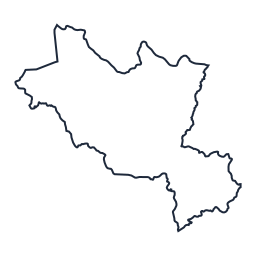 outline of Song Hinh, Phú Yên, Vietnam
{"feature_id": "81297802B28811761284346", "entity_name": "Song Hinh", "entity_type": "district", "adm_level": 2, "iso_a3": "VNM", "parent_name": "Vietnam", "parent_adm1": "Phú Yên", "projection": "albers", "projection_center": [108.948, 12.905], "detail": "fine", "context": "isolated", "style": "outline", "palette": "slate", "viewbox_px": 256, "rotation_deg": 0, "n_neighbors": 0, "source": "geoboundaries", "source_scale": "gbopen_adm2", "svg_char_len": 5810}
<svg xmlns="http://www.w3.org/2000/svg" viewBox="0 0 256 256"><path d="M34.3,108.3L34.6,106.5L35.0,106.3L35.9,107.2L38.1,105.3L38.7,103.4L38.8,102.6L39.1,102.3L39.8,102.9L41.2,103.6L43.0,103.3L43.9,103.6L45.5,103.3L46.0,103.3L47.1,105.4L47.9,105.8L50.0,105.3L50.9,105.9L51.5,105.4L53.3,106.7L54.8,106.9L55.4,107.4L55.9,108.8L56.2,110.5L57.4,112.4L59.3,114.4L59.8,116.6L60.6,118.4L62.5,120.4L64.8,122.0L65.0,124.1L65.9,127.2L66.4,130.9L69.0,131.6L71.1,134.1L71.5,137.5L73.1,142.5L75.0,145.8L76.2,147.0L77.0,147.4L77.5,147.2L77.9,146.7L78.3,145.6L78.8,145.4L80.4,145.4L81.7,144.1L82.2,144.0L82.9,144.2L85.1,143.6L87.0,143.5L87.7,143.8L88.2,146.0L89.8,147.5L90.9,147.9L92.3,147.3L93.9,147.4L95.5,149.1L96.5,150.5L98.1,150.9L100.1,152.6L100.8,152.9L102.4,153.0L104.2,154.0L105.2,154.7L105.4,155.2L104.0,157.7L103.9,159.4L104.6,162.5L106.0,166.0L106.8,167.4L107.7,168.2L109.6,168.7L110.8,168.8L111.2,169.1L111.9,169.9L113.4,173.4L114.6,174.2L128.2,174.8L131.4,175.5L135.0,177.6L136.3,177.7L139.5,177.0L148.0,177.1L149.6,177.8L150.5,179.2L151.1,179.1L152.7,179.7L153.1,179.6L153.3,179.2L153.9,177.5L154.4,177.0L156.5,177.2L158.0,176.9L158.9,176.6L160.2,175.6L161.7,174.1L162.8,173.5L164.1,173.4L165.1,173.5L166.2,174.2L166.7,177.9L167.5,178.6L167.7,179.3L167.2,180.7L167.1,181.5L168.5,182.1L169.2,183.1L169.0,184.0L167.3,186.3L166.8,187.6L167.1,188.6L168.3,190.0L169.1,190.5L169.4,190.5L170.7,189.3L171.3,189.5L171.1,191.0L171.3,191.1L173.9,191.3L174.6,192.2L174.7,193.6L174.6,195.2L174.2,196.0L173.8,197.6L174.1,198.6L176.0,201.8L176.5,204.1L176.4,205.6L174.9,208.9L173.0,211.4L172.9,212.1L174.3,218.1L174.5,220.4L174.9,221.2L177.4,222.9L177.7,223.5L177.8,225.2L178.5,227.1L177.9,229.8L178.3,231.0L183.6,227.6L184.1,227.2L184.8,226.1L185.9,225.2L187.4,224.8L188.7,225.0L189.2,223.5L191.3,223.1L191.6,222.4L188.4,220.6L188.1,220.0L188.4,219.6L191.0,218.9L192.8,217.6L194.0,216.4L194.6,216.0L195.3,216.1L196.3,216.6L197.7,216.7L198.2,216.6L199.1,215.8L200.1,215.8L201.2,215.6L201.5,215.3L201.7,214.8L201.6,213.9L201.0,212.0L201.1,211.6L201.9,211.0L202.5,211.0L203.3,211.6L203.9,211.5L205.3,210.4L206.8,210.2L209.3,210.8L210.6,210.5L211.5,211.3L212.2,211.4L213.0,210.7L213.6,209.2L214.4,208.4L215.2,207.3L216.0,207.0L216.7,207.3L218.6,209.0L219.7,210.6L222.3,212.1L222.9,212.3L224.1,212.4L225.6,211.9L227.1,210.4L227.5,208.9L228.5,208.0L228.5,207.4L227.5,204.6L227.5,203.7L227.8,203.0L228.6,202.2L229.8,201.4L233.0,199.9L233.5,199.4L234.3,197.6L236.0,196.8L236.5,196.1L236.6,195.5L236.8,193.0L237.8,191.4L238.2,189.9L239.3,188.2L240.6,187.2L240.6,184.1L239.4,184.2L238.8,184.7L237.9,184.4L236.9,183.6L235.1,180.9L233.0,180.5L232.5,180.0L231.7,177.6L231.7,175.9L230.9,173.7L229.7,172.5L228.6,171.1L228.5,166.8L228.9,164.3L231.5,160.3L231.8,159.8L231.9,159.3L231.8,158.9L231.4,158.6L229.9,158.4L229.5,158.0L228.3,154.1L226.5,154.2L226.0,154.6L224.4,156.3L223.9,156.6L223.4,156.8L221.7,156.6L219.5,155.7L218.7,155.0L218.3,154.5L218.0,153.6L218.1,152.0L217.6,151.7L216.6,151.7L213.8,152.2L211.2,153.4L210.2,154.0L208.6,156.0L208.1,156.2L205.6,156.4L205.2,156.1L204.5,154.2L202.9,152.5L202.2,152.0L201.3,152.0L199.4,152.8L199.1,152.7L199.0,151.0L198.6,150.5L197.1,149.7L194.8,148.8L193.7,149.0L192.5,148.1L188.8,146.4L187.9,146.4L185.1,147.2L184.3,147.2L183.4,146.5L181.6,146.4L181.4,146.2L182.0,144.6L182.6,141.0L182.6,139.6L182.2,138.6L182.3,136.9L182.8,136.6L182.9,135.8L184.2,135.3L185.8,133.9L186.0,133.2L185.6,132.4L185.7,131.9L186.7,130.9L187.3,130.0L188.8,130.1L189.9,129.8L190.3,128.4L191.3,126.4L192.4,125.5L192.7,124.9L193.4,124.3L193.0,121.4L192.6,120.4L191.7,119.6L192.0,118.5L191.3,117.7L192.0,116.8L192.6,115.5L192.8,114.2L193.2,113.6L193.4,112.1L194.6,109.8L194.6,109.2L194.4,108.4L194.5,108.0L195.3,107.6L195.7,107.0L195.8,105.9L196.6,105.5L197.2,104.8L197.3,102.2L196.7,101.7L196.4,101.0L196.0,100.7L195.7,100.2L195.7,99.0L195.2,96.5L195.4,94.7L195.9,93.7L196.7,93.1L196.9,92.1L197.2,91.6L199.2,90.6L200.6,88.7L201.0,86.9L200.3,86.5L200.1,86.1L201.0,85.9L201.3,85.6L201.3,85.3L200.6,83.3L200.6,82.1L202.2,80.7L202.3,79.4L204.3,79.0L204.4,78.7L204.0,77.4L204.1,76.6L205.1,75.7L205.2,75.3L205.2,74.5L204.8,73.4L203.6,72.5L203.6,72.0L204.4,71.0L204.7,70.0L204.9,69.6L205.9,68.9L206.4,68.1L207.4,67.3L207.7,66.4L208.4,65.4L206.3,65.1L204.5,64.3L196.0,63.6L194.3,63.2L191.7,62.1L189.8,60.8L189.4,60.2L189.4,59.1L186.3,55.9L185.1,55.7L183.7,55.8L181.3,57.3L178.8,60.6L178.1,62.1L177.2,64.7L176.8,65.4L175.8,65.9L174.4,65.9L172.8,65.8L170.4,65.2L169.1,64.3L164.9,59.3L162.8,57.7L159.2,56.7L155.9,55.1L153.9,53.0L151.5,49.6L147.9,46.5L147.0,45.3L146.1,42.6L145.4,42.1L144.5,41.7L143.2,41.6L142.1,42.2L141.0,44.0L140.8,44.7L140.7,46.7L139.6,48.0L139.0,50.2L137.9,52.1L137.5,53.4L137.7,53.9L139.4,57.3L139.9,60.2L141.1,62.7L141.0,63.7L140.7,64.3L140.1,64.6L137.6,64.7L136.7,65.0L136.2,65.4L135.5,67.1L134.8,68.1L134.2,68.3L132.3,68.4L130.7,69.0L129.9,69.6L129.3,70.4L128.5,72.0L127.0,72.2L124.7,73.4L122.2,73.1L119.2,72.0L118.3,72.0L117.5,71.8L116.8,71.3L114.0,67.6L111.4,65.3L108.1,61.7L106.2,60.4L103.9,59.8L101.6,58.8L100.4,57.9L99.8,57.2L99.6,56.4L95.2,52.9L93.3,50.4L90.7,48.5L88.9,47.0L87.8,44.4L86.2,39.8L85.8,39.3L84.3,39.0L83.7,38.0L83.7,35.9L85.1,32.4L84.9,31.2L84.7,30.7L84.4,30.4L80.8,29.7L77.4,30.1L75.6,29.8L74.2,29.3L72.0,27.5L70.5,27.1L67.6,25.9L66.8,26.0L66.2,26.3L65.6,28.3L64.9,29.1L63.8,29.3L62.7,29.2L61.7,28.8L60.6,28.0L57.8,25.8L57.0,25.0L54.5,29.7L54.5,32.9L57.5,61.5L54.7,62.3L36.4,69.4L25.7,69.9L25.3,70.3L24.8,71.7L22.9,75.1L21.8,76.7L20.2,78.0L20.1,78.5L20.1,79.0L19.5,80.1L18.7,80.5L16.2,81.3L15.4,82.1L15.8,84.0L16.2,84.7L17.5,86.1L18.2,87.7L18.8,88.2L20.0,88.4L23.6,88.6L24.3,88.9L25.1,89.7L25.2,92.8L25.5,93.4L29.7,95.5L31.8,97.0L32.0,99.1L31.5,100.8L31.4,102.8L31.1,103.6L29.4,105.4L30.8,108.0L31.4,108.6L32.6,108.7L34.3,108.3Z" fill="none" stroke="#1e293b" stroke-width="2"/></svg>